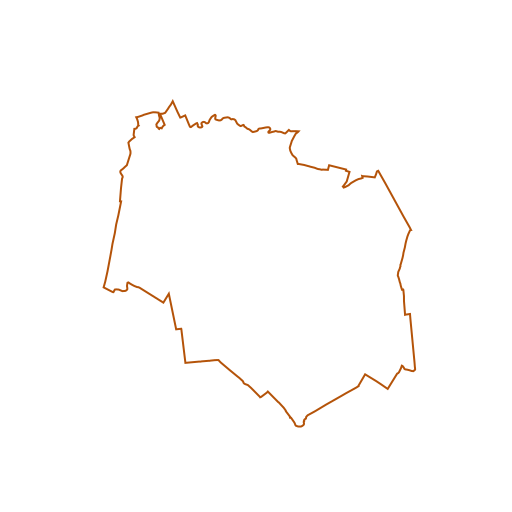 Andrid, Satu Mare, Romania, rotated 244°
{"feature_id": "2599482B72200274127305", "entity_name": "Andrid", "entity_type": "district", "adm_level": 2, "iso_a3": "ROU", "parent_name": "Romania", "parent_adm1": "Satu Mare", "projection": "albers", "projection_center": [22.373, 47.533], "detail": "fine", "context": "isolated", "style": "outline", "palette": "amber", "viewbox_px": 512, "rotation_deg": 244, "n_neighbors": 0, "source": "geoboundaries", "source_scale": "gbopen_adm2", "svg_char_len": 6096}
<svg xmlns="http://www.w3.org/2000/svg" viewBox="0 0 512 512"><g transform="rotate(244 256 256)"><path d="M305.5,361.5L301.9,358.4L302.6,357.2L304.4,353.9L304.5,353.7L304.6,353.0L306.1,351.2L306.8,350.1L307.6,349.2L309.6,347.4L312.6,343.8L313.5,342.9L313.6,342.7L315.9,340.1L316.7,339.2L319.8,335.0L320.4,333.9L324.8,334.6L325.3,334.8L326.0,334.8L327.0,334.6L330.4,333.1L331.8,333.0L333.1,332.9L335.7,333.0L338.0,333.6L338.8,334.0L342.7,337.7L343.7,338.6L344.2,339.3L347.0,343.1L348.1,344.8L348.7,345.6L348.7,346.4L349.1,348.2L349.4,348.9L350.9,346.2L351.8,344.3L352.7,342.2L353.0,341.8L353.5,341.4L354.9,340.8L353.7,337.3L353.4,336.1L353.4,335.9L354.1,335.0L356.1,333.3L356.8,332.5L357.3,331.8L358.0,330.3L358.3,330.0L359.5,328.7L359.7,328.4L359.8,328.1L359.9,327.0L360.2,325.7L360.4,325.0L360.6,323.7L360.9,322.0L361.1,321.6L361.3,321.4L361.5,321.3L361.9,321.4L362.2,321.6L363.0,323.6L363.2,324.1L363.5,324.3L363.9,324.5L364.4,324.6L365.1,324.5L366.0,324.0L366.4,323.3L366.8,322.4L367.3,320.9L367.6,319.7L368.4,316.6L368.9,315.3L369.1,314.8L369.1,314.1L369.0,313.8L368.2,312.8L368.0,311.9L368.0,311.2L368.4,309.1L368.8,307.5L369.1,307.3L369.6,306.9L372.1,305.8L373.3,305.0L373.6,304.7L373.9,304.2L374.2,304.0L375.6,303.4L376.3,303.1L377.5,302.3L378.9,302.4L379.3,302.2L379.4,301.9L379.4,300.6L379.4,299.7L379.5,299.4L379.6,299.0L380.7,298.3L382.0,297.6L383.3,297.1L387.1,297.0L387.7,296.7L388.3,296.4L388.6,296.0L389.1,295.4L389.4,294.9L389.5,294.0L390.0,293.4L390.3,293.3L391.7,292.7L392.0,292.5L392.6,291.9L393.1,291.3L394.0,288.5L394.2,287.7L394.3,287.1L394.2,286.6L394.1,286.0L393.7,285.3L393.5,284.2L393.5,283.7L393.6,283.2L393.9,282.5L394.4,281.7L394.8,281.3L395.6,280.4L396.2,279.8L396.6,279.5L396.9,279.5L397.7,279.7L399.6,281.2L399.8,281.2L400.3,281.3L400.7,281.2L400.9,280.8L400.7,278.8L400.5,277.4L400.2,276.6L399.4,275.3L398.8,274.2L397.7,273.0L397.4,272.8L397.0,272.3L396.6,271.5L396.5,271.2L396.6,270.4L396.8,269.9L397.0,269.6L397.3,269.3L398.5,268.8L398.9,268.5L399.1,268.3L399.5,267.7L399.6,267.4L399.7,267.0L399.6,266.0L399.4,265.4L398.8,264.9L396.5,264.7L396.0,264.6L395.8,264.4L395.6,263.9L395.6,263.4L395.7,262.8L396.1,261.9L396.5,261.4L396.8,261.1L397.4,260.7L397.9,260.6L398.2,260.6L398.7,260.7L399.3,261.2L399.6,261.3L401.3,261.3L401.4,260.5L401.0,257.0L400.5,254.5L400.4,254.1L400.5,253.8L400.6,253.6L400.8,253.5L401.2,253.3L404.1,253.4L408.4,253.7L413.4,254.0L413.5,249.0L413.6,248.6L419.7,248.6L431.6,249.0L429.4,245.9L427.7,242.6L427.2,242.0L424.5,237.1L424.8,234.3L425.0,234.1L425.3,233.4L425.7,232.6L425.7,232.3L425.4,232.0L413.9,231.4L413.7,230.2L413.4,229.3L413.1,228.6L412.6,227.9L412.1,227.2L413.2,226.1L413.2,225.8L413.1,225.4L412.6,224.7L413.0,224.4L414.6,224.2L415.5,223.5L415.9,223.5L416.2,223.6L418.4,224.3L418.8,224.3L418.2,224.5L419.0,225.9L420.0,228.1L420.5,228.7L422.0,229.8L422.4,230.0L424.8,230.4L426.9,231.1L427.5,231.3L429.1,228.8L430.0,227.1L430.4,226.2L430.8,224.5L432.1,217.0L432.1,215.6L432.6,211.8L432.8,210.6L433.2,209.2L431.8,209.2L430.6,209.1L428.2,208.7L426.8,208.2L425.7,207.7L425.2,207.6L424.7,207.7L424.7,207.1L424.3,206.2L423.8,205.5L423.5,205.1L423.2,204.6L423.2,204.1L423.2,203.5L423.4,202.9L423.6,202.4L418.5,199.1L417.8,198.9L416.0,199.0L415.5,195.7L414.9,193.7L414.5,192.3L413.8,191.0L408.1,189.5L407.1,189.3L405.6,189.2L404.8,188.9L403.9,188.5L403.0,188.0L402.3,187.4L394.2,179.7L393.8,178.2L393.4,176.8L393.0,175.7L392.6,174.2L392.2,172.1L391.8,171.4L391.1,170.9L390.2,170.7L388.7,170.8L386.7,171.1L386.1,171.0L385.6,170.9L385.2,170.6L384.2,169.5L376.3,164.5L364.8,157.7L364.2,158.7L352.9,150.1L345.7,144.2L338.4,139.1L329.8,132.3L324.7,128.7L319.0,124.5L307.3,115.8L299.1,109.3L294.6,105.3L286.4,111.4L286.0,112.0L287.7,114.4L287.3,115.7L286.0,117.9L285.3,118.5L283.0,120.5L282.4,122.0L282.0,123.0L281.9,123.7L282.0,124.6L282.5,125.7L282.8,125.9L283.7,126.3L285.6,126.9L288.1,128.6L288.3,128.8L288.2,129.7L287.9,129.9L286.4,130.7L284.3,132.1L282.4,133.5L280.2,135.5L279.9,135.9L279.7,136.4L278.6,137.4L254.7,152.3L260.3,161.1L225.1,152.1L223.4,156.9L223.2,156.9L190.9,145.7L186.1,158.4L185.4,159.8L185.1,161.0L182.6,167.4L182.1,168.5L182.0,169.0L180.3,173.7L178.9,176.7L178.0,176.9L175.8,177.6L165.1,182.3L155.7,186.6L153.9,187.5L149.6,189.2L148.9,189.4L147.6,189.2L146.8,189.4L146.3,189.6L145.9,189.9L145.2,190.5L143.8,191.9L143.4,192.2L142.9,192.4L141.6,192.9L139.7,193.7L127.6,197.8L127.2,197.8L127.1,198.8L128.1,204.0L128.5,206.0L129.0,207.2L115.0,211.9L114.4,212.3L110.7,213.4L107.4,214.4L103.9,215.0L103.6,214.8L103.3,214.8L96.8,216.1L96.7,215.9L95.7,215.7L95.2,216.6L90.1,217.4L88.7,217.5L87.9,217.4L86.8,217.3L85.9,217.5L84.8,218.6L84.4,219.0L84.0,219.6L83.2,221.2L83.0,221.8L83.0,222.8L83.0,223.1L83.3,224.6L83.7,225.2L84.0,225.5L84.7,225.8L85.6,226.0L86.4,226.9L86.7,226.7L87.7,227.7L88.0,228.9L88.0,229.6L89.4,230.6L90.2,232.6L90.6,241.2L91.7,253.8L92.8,271.2L93.2,276.7L93.8,288.6L94.1,291.2L94.5,291.3L101.8,302.2L90.7,309.3L85.4,312.4L78.8,316.1L88.4,331.3L88.4,332.4L88.8,333.5L91.6,337.1L93.5,339.0L92.9,339.5L90.9,339.9L89.6,339.9L88.7,340.4L87.9,341.6L87.2,342.5L86.6,343.2L86.1,343.8L84.4,345.5L83.5,347.0L84.1,349.1L84.3,349.3L86.1,350.0L86.5,350.1L90.8,351.8L131.8,367.2L136.4,369.0L136.6,368.4L136.8,367.6L137.7,364.9L137.8,364.2L150.5,369.2L152.6,370.2L155.1,371.4L161.0,373.6L161.5,373.5L161.6,372.5L162.1,372.5L165.4,373.0L166.7,373.3L167.1,373.4L167.6,373.6L169.6,373.8L172.4,374.4L175.1,374.8L176.1,374.8L177.0,375.3L178.1,376.1L179.1,376.7L179.6,377.2L181.5,379.5L182.0,380.0L182.6,380.4L183.5,381.4L184.6,381.8L185.2,382.5L190.0,386.8L192.1,388.5L194.3,390.0L198.4,393.5L201.8,396.0L204.1,397.9L205.3,399.0L206.2,399.8L207.0,400.5L209.1,402.7L209.4,403.1L211.3,405.4L211.6,406.0L211.7,406.3L211.5,406.7L214.1,406.7L226.8,405.9L264.6,404.1L279.0,403.2L279.0,401.8L278.7,401.5L278.1,400.9L276.9,399.8L274.6,397.2L278.5,391.2L281.1,386.7L281.3,386.5L279.5,386.1L279.6,384.5L280.2,381.9L280.3,379.0L279.9,373.6L279.6,372.2L279.0,370.3L278.9,366.3L279.1,364.8L280.4,364.6L280.5,365.1L283.2,370.2L290.6,376.9L293.2,374.2L294.2,374.9L305.5,361.5Z" fill="none" stroke="#b45309" stroke-width="2"/></g></svg>